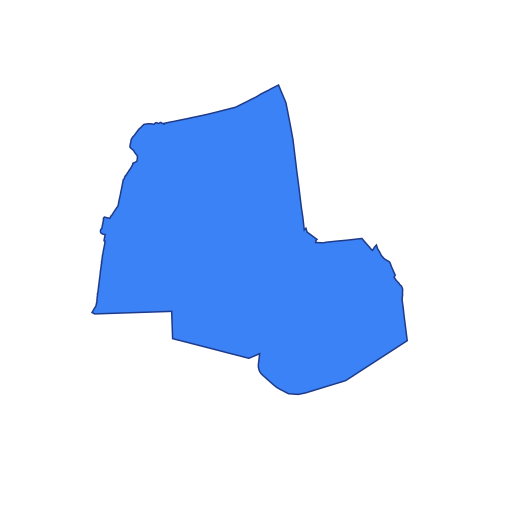 outline of Harderwijk, Gelderland, Netherlands, rotated 219°
{"feature_id": "6326949B59221460076915", "entity_name": "Harderwijk", "entity_type": "district", "adm_level": 2, "iso_a3": "NLD", "parent_name": "Netherlands", "parent_adm1": "Gelderland", "projection": "albers", "projection_center": [5.663, 52.34], "detail": "fine", "context": "isolated", "style": "filled", "palette": "blue", "viewbox_px": 512, "rotation_deg": 219, "n_neighbors": 0, "source": "geoboundaries", "source_scale": "gbopen_adm2", "svg_char_len": 5725}
<svg xmlns="http://www.w3.org/2000/svg" viewBox="0 0 512 512"><g transform="rotate(219 256 256)"><path d="M85.2,285.4L103.6,303.0L108.2,307.6L113.3,312.4L115.0,314.1L115.7,314.9L115.8,315.0L115.7,315.1L116.8,316.7L117.5,317.9L117.9,318.4L118.6,319.1L120.5,321.7L121.3,322.6L123.3,323.8L123.5,323.9L124.0,324.1L124.3,324.2L124.6,324.2L125.7,324.2L126.0,324.2L126.5,324.4L127.5,324.7L127.9,324.8L130.4,325.1L131.7,325.3L135.3,326.4L135.8,328.8L136.5,329.1L137.5,329.6L143.9,332.9L147.4,335.0L148.5,335.4L148.8,335.4L150.4,335.2L151.0,335.0L154.4,334.6L154.8,334.6L158.3,335.2L158.8,335.3L159.7,335.6L162.4,336.9L165.7,338.0L166.4,338.4L169.3,340.3L169.4,339.2L169.5,337.8L169.5,337.5L169.4,336.8L169.0,333.6L169.4,333.5L170.2,333.7L170.6,333.7L170.8,333.7L171.3,333.8L171.8,334.0L172.5,334.1L172.8,334.1L173.1,334.2L173.3,334.2L173.9,334.4L176.1,334.7L176.6,334.8L177.4,334.9L183.8,336.1L184.7,336.3L195.3,325.5L195.8,325.0L202.2,318.8L206.3,314.7L208.7,312.3L210.9,310.0L211.9,308.6L214.1,307.0L218.2,304.0L218.6,305.0L218.8,305.1L219.1,305.4L219.0,305.6L219.1,305.8L219.1,306.5L219.0,307.3L225.7,307.0L227.1,307.0L229.4,306.8L231.4,306.8L234.7,309.0L234.9,306.6L243.8,315.4L246.3,317.7L248.6,319.8L250.7,321.7L266.2,336.7L279.8,349.6L282.1,351.9L300.7,369.9L311.1,378.8L313.0,380.4L316.2,383.1L321.0,387.1L321.9,387.9L326.5,391.7L329.1,393.9L343.8,401.8L345.7,402.9L346.1,403.1L347.5,399.9L349.1,396.4L349.9,394.6L350.4,393.0L351.1,391.7L354.2,384.9L354.4,384.2L354.7,383.2L356.1,379.4L356.3,378.9L358.3,374.8L360.4,369.9L362.4,365.6L365.5,358.8L372.6,349.3L377.7,342.4L383.5,334.8L388.6,328.5L389.2,327.7L390.2,326.5L393.6,322.4L395.2,320.3L407.1,305.9L407.3,305.7L408.5,304.2L411.3,300.8L410.8,300.6L411.5,300.3L412.2,300.0L412.7,300.0L413.7,300.0L413.9,299.9L414.3,299.7L414.6,299.0L414.7,298.5L414.9,298.1L415.0,297.8L415.3,297.6L415.5,297.4L415.8,297.4L416.7,297.2L417.0,297.1L417.3,297.0L417.6,296.7L417.8,296.3L417.9,296.0L418.0,295.6L418.1,294.9L418.1,294.4L418.2,294.1L418.3,294.0L419.4,293.5L420.0,293.1L421.1,292.4L422.4,291.4L423.2,290.8L425.5,288.2L425.8,287.9L425.9,287.6L426.0,287.4L426.3,284.5L426.3,283.8L426.8,281.2L426.8,279.8L426.5,273.2L426.5,272.7L426.7,270.9L426.6,270.2L426.5,269.2L426.4,268.8L426.4,268.6L426.4,268.2L426.2,267.8L424.9,265.5L423.9,263.5L423.2,262.2L422.7,261.6L422.2,261.2L421.9,261.2L421.4,261.1L420.6,261.0L420.1,261.0L418.4,261.0L417.6,260.9L417.2,260.9L416.2,260.4L415.9,260.3L415.1,260.1L414.2,259.8L413.3,259.6L412.8,259.5L412.3,259.4L411.9,259.3L411.4,259.1L411.0,258.9L410.7,258.6L409.6,257.1L408.7,255.6L408.3,254.8L408.3,254.6L408.3,254.4L409.1,252.4L409.3,251.9L409.7,251.4L409.9,251.1L410.0,250.8L410.0,250.3L409.9,250.1L409.5,249.8L409.1,248.1L408.9,247.1L408.8,246.4L408.6,245.0L408.5,243.2L408.4,242.6L408.5,242.5L408.4,242.2L408.2,241.7L408.2,241.2L408.2,240.6L408.2,240.4L408.2,240.1L408.2,239.9L408.2,239.4L408.2,239.2L407.8,238.3L407.7,237.7L407.9,237.2L408.0,237.0L408.0,236.9L408.1,236.4L408.1,236.2L407.9,236.0L407.8,235.9L407.8,235.5L407.8,235.1L407.8,234.8L407.6,234.4L407.5,234.2L407.2,233.5L407.0,233.0L406.9,232.7L407.0,232.3L407.1,232.0L407.2,231.9L406.0,229.6L404.4,226.6L402.0,222.0L401.2,220.4L399.8,217.9L398.1,214.4L396.8,211.9L395.6,209.7L395.3,209.1L394.8,208.1L394.7,207.9L394.6,207.6L394.6,207.3L394.6,207.1L394.7,206.6L394.6,206.1L394.6,205.3L394.6,205.1L394.3,202.4L394.1,200.1L394.0,199.4L393.9,198.7L393.7,196.7L393.7,196.4L393.8,196.1L393.9,195.7L394.0,195.4L393.7,195.0L393.6,194.8L393.6,194.6L393.5,194.4L393.5,193.9L393.5,193.7L393.4,193.5L393.5,193.4L393.7,193.1L393.8,193.0L396.7,191.6L397.5,191.2L398.0,191.0L398.2,190.8L398.3,190.8L398.3,190.7L398.4,190.4L398.4,190.1L398.3,189.7L398.1,188.9L398.0,188.7L397.9,188.7L397.6,188.5L397.4,188.4L397.3,188.2L396.6,186.9L396.4,186.4L395.7,185.2L394.7,183.3L394.5,182.8L394.3,182.4L393.5,181.0L393.2,180.5L393.1,180.4L393.1,180.1L393.2,179.9L393.3,179.7L393.3,179.2L393.3,178.9L393.2,178.5L393.1,178.3L392.6,177.6L392.3,177.1L392.1,176.9L391.7,176.6L391.3,176.4L391.1,176.4L390.7,176.3L390.1,176.3L389.3,176.5L388.8,176.6L388.3,176.8L387.3,177.4L386.7,177.7L386.0,176.4L385.5,175.4L384.2,173.0L383.7,172.2L383.4,172.2L383.1,172.5L382.9,172.6L382.6,172.6L381.8,171.3L381.2,170.2L379.0,166.1L378.5,165.2L378.3,164.7L378.1,164.3L377.4,163.1L377.2,162.7L377.0,162.4L376.8,162.0L376.2,161.1L376.1,160.9L375.9,160.3L375.8,160.0L375.7,159.8L374.7,158.4L374.6,158.1L374.2,157.4L373.7,156.8L373.3,156.1L373.1,155.7L372.7,154.9L372.6,154.7L372.4,154.2L372.1,154.0L372.1,153.9L371.9,153.7L371.9,153.8L371.7,153.8L371.6,153.7L371.4,153.4L371.2,153.1L371.1,152.3L371.0,152.2L370.9,152.0L370.5,151.4L370.1,150.9L369.9,150.6L369.8,150.4L369.7,150.2L369.2,149.4L368.5,148.3L367.8,147.0L367.6,146.7L366.6,145.1L366.2,144.6L364.3,141.6L363.9,140.9L363.3,139.9L361.8,137.5L360.8,136.0L360.2,134.9L359.6,134.0L359.1,133.2L358.9,132.8L356.8,129.6L356.7,129.2L356.2,128.6L355.8,128.0L355.6,127.8L355.6,127.6L355.6,127.1L355.4,126.7L354.9,126.2L354.5,125.7L354.3,125.5L354.0,125.1L353.9,124.9L353.6,124.2L353.5,123.9L353.4,123.7L352.9,123.2L352.3,122.4L352.1,122.0L351.9,121.7L351.8,121.4L351.4,121.0L351.0,120.6L350.7,120.2L350.6,119.9L350.5,119.6L350.4,119.0L350.2,118.8L349.9,118.5L349.7,118.1L349.5,117.4L349.1,116.7L348.8,115.9L348.8,115.3L348.7,114.5L348.7,113.9L348.7,113.7L348.6,113.4L348.2,111.0L347.9,108.9L345.0,109.4L286.7,159.9L268.8,139.3L197.2,172.0L191.7,182.4L185.7,172.9L185.2,172.3L184.6,171.6L184.1,171.0L183.4,170.5L182.8,170.0L181.8,169.3L180.5,168.6L179.3,168.2L178.4,167.9L177.3,167.7L176.2,167.6L161.4,166.9L159.9,166.9L157.7,166.9L156.7,167.0L154.1,167.4L152.0,167.8L144.1,169.4L136.1,175.0L131.4,180.7L107.9,215.6L85.2,285.4Z" fill="#3b82f6" stroke="#1e3a8a" stroke-width="1.5"/></g></svg>